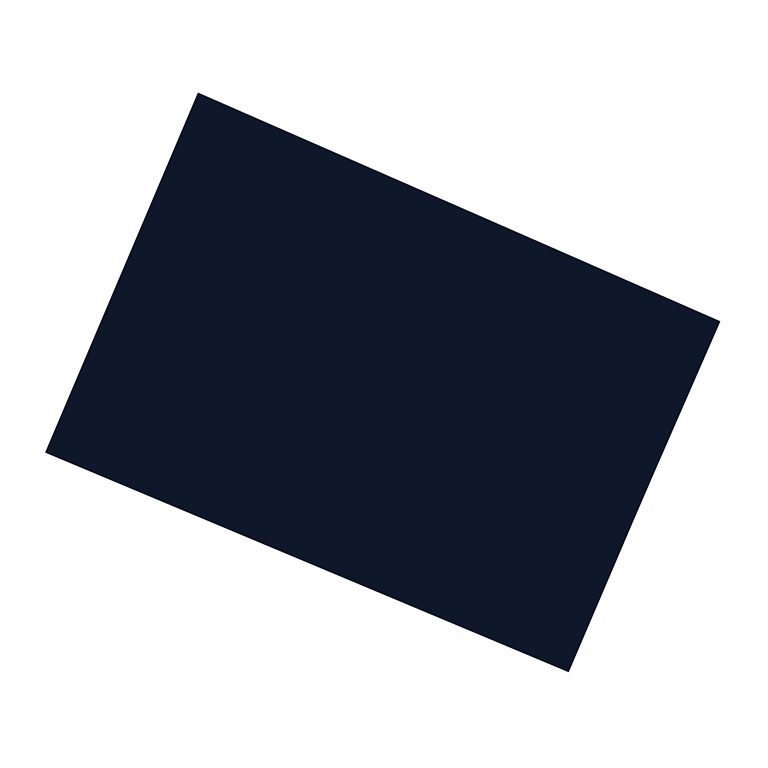 the district of Sarmiento, Chubut, Argentina, rotated 113°
{"feature_id": "61730980B44143601291146", "entity_name": "Sarmiento", "entity_type": "district", "adm_level": 2, "iso_a3": "ARG", "parent_name": "Argentina", "parent_adm1": "Chubut", "projection": "mercator", "projection_center": [-68.999, -45.341], "detail": "fine", "context": "isolated", "style": "filled", "palette": "ink", "viewbox_px": 768, "rotation_deg": 113, "n_neighbors": 0, "source": "geoboundaries", "source_scale": "gbopen_adm2", "svg_char_len": 313}
<svg xmlns="http://www.w3.org/2000/svg" viewBox="0 0 768 768"><g transform="rotate(113 384 384)"><path d="M195.6,99.6L192.6,357.9L191.5,459.3L189.2,668.4L389.6,668.4L578.8,668.4L577.9,450.9L577.8,427.7L576.4,102.1L412.3,101.7L363.5,101.4L195.6,99.6Z" fill="#0f172a" stroke="#020617" stroke-width="1.5"/></g></svg>